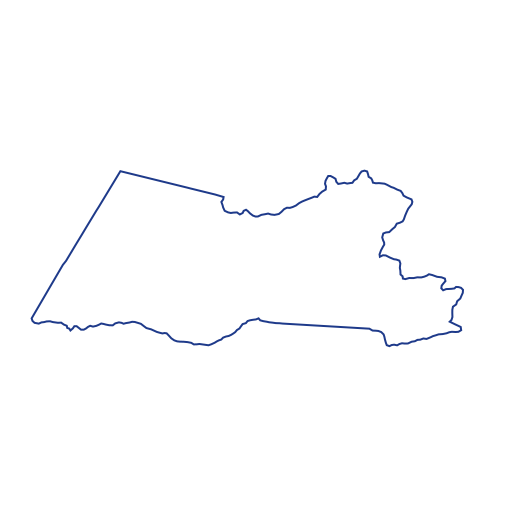 Cristópolis, Bahia, Brazil, rotated 8°
{"feature_id": "56859067B44144789657411", "entity_name": "Cristópolis", "entity_type": "district", "adm_level": 2, "iso_a3": "BRA", "parent_name": "Brazil", "parent_adm1": "Bahia", "projection": "orthographic", "projection_center": [-44.194, -12.179], "detail": "fine", "context": "isolated", "style": "outline", "palette": "blue", "viewbox_px": 512, "rotation_deg": 8, "n_neighbors": 0, "source": "geoboundaries", "source_scale": "gbopen_adm2", "svg_char_len": 3789}
<svg xmlns="http://www.w3.org/2000/svg" viewBox="0 0 512 512"><g transform="rotate(8 256 256)"><path d="M93.3,229.6L91.6,233.3L84.0,251.0L80.4,259.5L77.9,265.3L76.0,269.7L68.6,287.2L67.5,289.1L66.0,291.6L42.5,349.0L43.7,351.4L46.0,353.0L50.3,353.2L52.8,351.6L55.2,351.0L57.9,349.9L61.2,349.3L63.9,349.7L66.8,349.7L69.2,349.7L72.3,349.1L75.4,350.7L78.3,351.4L79.1,353.5L81.2,353.9L82.6,355.6L84.7,353.2L85.9,350.8L88.2,350.5L90.6,351.9L93.0,353.3L95.7,352.9L97.7,351.5L99.5,349.6L101.5,348.2L104.4,348.6L107.6,347.4L110.2,345.8L112.1,344.4L114.5,344.5L116.9,344.8L120.3,345.0L123.8,344.6L126.0,342.3L129.5,340.8L132.2,340.9L134.3,341.5L136.4,340.6L139.9,339.5L142.5,338.4L145.2,338.2L148.5,338.7L151.5,339.2L154.6,341.0L157.5,342.6L159.8,342.9L162.3,343.2L165.7,344.2L168.4,345.0L171.3,345.4L174.1,345.7L176.2,345.0L178.3,345.0L180.7,346.9L183.6,349.3L186.8,350.9L189.8,351.5L192.7,351.4L196.1,351.0L200.3,350.8L204.0,351.0L206.7,352.2L209.6,351.7L212.2,351.0L214.9,351.0L218.2,351.0L221.4,351.0L224.1,349.6L227.2,347.6L229.1,346.0L231.0,344.7L233.2,343.6L234.8,341.4L237.5,339.9L240.1,339.0L242.4,337.5L244.3,335.9L246.0,334.3L247.4,332.0L249.7,330.1L250.7,328.1L252.2,325.3L255.3,323.9L256.7,321.6L259.0,320.5L261.8,319.6L264.8,318.8L267.2,317.4L269.1,319.1L272.2,319.5L276.0,319.6L278.3,319.8L281.6,319.7L285.0,319.7L288.7,319.3L291.9,319.2L378.4,312.2L381.8,313.6L385.1,313.3L387.6,313.2L390.6,313.9L393.3,315.9L394.4,318.2L395.3,320.7L396.7,323.9L397.9,326.1L400.7,326.7L402.7,325.3L405.1,324.6L408.2,324.8L410.3,323.2L412.7,322.1L415.4,322.0L418.6,321.5L422.1,319.2L425.2,318.3L427.5,316.6L430.3,316.0L433.2,314.4L436.4,314.4L438.3,313.3L440.5,312.0L442.4,310.7L445.1,309.5L447.7,308.2L451.8,307.3L455.5,306.0L458.0,304.6L460.5,303.8L464.2,303.5L467.0,302.9L469.5,300.9L468.6,297.8L466.1,297.0L462.8,296.0L459.7,295.0L457.0,294.1L458.5,292.1L459.0,289.1L458.3,285.0L457.9,281.9L458.1,278.8L461.0,276.1L461.5,272.8L464.2,269.7L465.1,266.4L465.9,263.7L465.7,260.7L463.5,259.0L460.9,258.6L458.4,258.8L457.0,260.5L454.1,261.3L451.6,261.8L448.9,262.3L446.1,263.9L444.0,262.2L444.0,259.5L445.2,257.4L447.1,254.5L446.2,252.1L442.7,251.3L438.2,251.4L433.1,250.3L429.8,250.0L428.0,251.6L425.6,253.0L422.7,254.2L418.6,254.7L415.2,255.9L410.7,256.5L407.1,258.1L404.6,257.9L404.0,255.7L401.7,254.2L401.0,250.5L400.1,247.8L400.0,245.5L400.0,243.3L398.6,240.6L395.4,240.0L393.0,240.0L388.8,238.9L384.5,237.4L381.6,237.6L378.8,239.5L378.1,237.2L379.0,233.0L380.5,228.9L381.4,226.9L381.0,224.8L379.7,222.8L378.4,220.0L378.9,216.0L381.4,214.6L384.6,213.8L387.3,210.4L389.5,208.0L390.9,204.4L393.9,203.0L396.4,201.3L397.3,199.2L398.1,195.1L399.2,191.0L400.2,187.9L403.0,183.1L403.3,180.6L402.1,178.3L399.4,177.6L397.1,177.0L393.7,175.7L392.2,173.4L390.2,171.4L386.6,170.6L382.8,169.3L380.4,168.9L375.7,167.2L373.3,166.5L370.3,166.6L367.7,166.7L364.5,167.3L361.6,167.1L360.6,164.9L359.3,163.1L356.5,161.9L355.6,159.5L354.3,156.8L351.5,156.4L348.8,157.6L347.4,159.9L346.4,162.4L345.1,165.5L342.7,167.4L341.3,170.1L339.0,170.7L336.2,171.6L333.3,171.2L330.0,172.4L327.4,173.2L325.2,171.3L324.0,168.5L321.5,167.4L318.7,166.4L316.4,166.7L315.3,169.3L314.4,171.9L314.3,174.9L315.6,177.3L315.8,180.5L312.5,183.1L310.2,185.8L308.4,189.0L305.5,189.1L302.8,190.7L299.5,192.5L296.0,194.5L294.0,195.7L291.4,197.6L288.5,200.5L285.5,202.4L282.9,203.6L279.9,203.9L277.3,205.7L275.1,208.7L272.8,211.2L270.9,211.9L268.6,212.7L265.1,212.8L262.1,212.3L259.3,213.3L255.6,214.5L252.4,216.6L250.1,217.0L247.3,216.4L244.1,214.6L241.7,212.7L239.7,211.6L237.5,213.0L236.8,215.3L234.2,217.1L231.1,215.5L227.5,216.2L225.1,216.9L222.3,216.7L218.7,215.6L216.7,212.5L215.8,210.3L214.2,207.3L215.6,204.6L215.7,202.1L206.9,200.8L182.3,198.3L177.8,197.8L109.9,190.9L93.3,229.6Z" fill="none" stroke="#1e3a8a" stroke-width="2"/></g></svg>